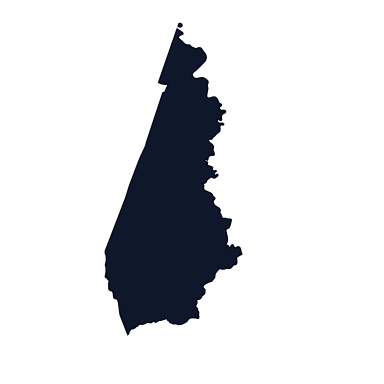 the border of Kentucky, rotated 109°
{"feature_id": "USA-3548", "entity_name": "Kentucky", "entity_type": "State", "adm_level": 1, "iso_a3": "USA", "parent_name": "United States of America", "parent_adm1": "", "projection": "natural_earth1", "projection_center": [-85.417, 37.822], "detail": "fine", "context": "isolated", "style": "filled", "palette": "ink", "viewbox_px": 384, "rotation_deg": 109, "n_neighbors": 0, "source": "natural_earth", "source_scale": "10m", "svg_char_len": 6069}
<svg xmlns="http://www.w3.org/2000/svg" viewBox="0 0 384 384"><g transform="rotate(109 192 192)"><path d="M49.7,255.6L50.9,255.0L51.7,253.6L52.8,250.7L54.5,247.2L54.8,245.8L54.7,244.7L54.1,242.9L54.0,241.8L54.2,241.2L55.2,239.9L55.2,239.4L55.2,237.8L55.5,235.6L55.3,234.7L53.9,233.1L53.2,231.9L53.1,230.5L54.0,229.0L55.4,227.4L56.9,224.8L57.3,224.3L58.7,223.1L60.4,222.3L62.3,222.1L64.3,222.5L75.4,227.9L78.3,229.8L80.0,230.3L81.5,230.0L82.7,228.8L83.6,226.8L83.6,225.1L82.9,223.6L81.7,221.8L80.8,220.1L80.4,218.3L80.7,216.3L81.5,214.2L81.9,213.5L82.4,212.9L83.1,212.6L84.0,212.5L85.8,212.5L86.5,212.3L88.9,210.9L96.4,209.6L97.7,208.7L98.1,207.3L97.2,205.1L95.8,203.6L95.1,202.2L94.8,201.2L95.1,200.0L95.7,198.9L96.1,198.2L98.5,196.2L99.1,195.6L99.5,194.4L99.5,193.4L99.7,192.7L100.7,192.6L101.4,192.9L102.8,193.8L103.6,194.0L103.8,193.7L105.7,191.6L104.5,188.6L104.3,187.9L104.6,186.8L105.3,186.4L106.2,186.6L107.0,187.2L107.6,188.0L108.2,188.5L109.0,188.9L109.9,189.1L110.7,189.0L112.3,188.5L112.7,188.4L113.1,188.1L113.7,187.7L114.4,187.7L114.9,188.1L115.0,188.8L114.5,190.4L114.6,191.2L115.6,191.8L116.8,191.3L117.8,190.2L118.3,188.8L118.1,187.8L117.3,186.3L117.2,185.1L117.3,184.5L117.6,184.2L118.0,184.1L118.3,184.3L118.5,184.6L118.5,185.5L118.6,186.0L120.0,187.3L121.6,187.0L123.3,186.1L125.0,185.7L125.9,185.9L126.8,186.3L127.7,186.9L128.5,187.5L129.2,188.0L131.9,189.1L133.4,190.1L133.8,190.3L134.4,190.4L135.1,190.5L135.6,190.7L135.8,191.1L135.9,191.7L136.1,192.3L136.7,193.1L137.5,193.6L138.8,192.8L139.5,191.6L140.6,188.4L141.1,187.6L141.6,187.0L142.1,186.7L142.8,186.3L145.2,186.1L145.8,185.8L146.7,184.9L148.3,183.7L149.7,183.2L150.4,184.1L150.7,185.4L151.6,186.8L152.8,187.8L154.3,188.1L156.1,187.7L156.8,187.9L156.4,189.0L156.1,189.8L156.6,190.3L157.6,190.4L158.5,189.8L158.8,188.8L158.8,187.8L159.1,187.0L161.2,186.6L161.8,186.1L161.9,185.3L161.8,182.0L162.0,180.9L162.5,180.4L163.4,180.4L164.3,180.1L165.0,179.4L165.2,178.3L165.0,177.8L164.2,177.0L164.1,176.4L164.3,176.0L164.8,176.0L165.2,176.3L165.4,176.4L165.7,176.9L166.2,177.1L167.1,177.0L168.8,176.3L169.5,175.5L169.2,175.1L168.4,174.8L167.6,174.4L167.1,173.4L167.5,173.1L168.4,173.2L169.1,173.5L171.2,175.1L171.6,175.7L171.4,177.9L171.5,178.7L171.9,179.4L172.5,179.9L174.1,180.8L174.8,181.3L175.6,181.8L177.7,181.9L178.6,182.2L180.1,183.8L181.0,184.5L181.4,184.1L181.8,183.2L182.7,182.9L184.7,182.5L185.2,182.2L185.6,181.9L185.9,181.5L186.1,181.0L186.6,179.7L186.9,174.9L187.1,173.8L187.5,172.7L188.1,171.8L188.7,171.4L189.2,171.0L190.0,168.9L190.6,168.3L191.0,168.3L192.0,168.6L192.2,168.8L192.5,169.2L192.9,169.3L194.5,168.8L195.3,168.3L196.7,167.2L197.6,165.5L198.6,161.0L199.8,159.6L200.6,159.3L202.4,159.2L203.0,158.7L203.6,157.8L204.2,157.2L206.3,155.6L206.9,154.9L207.1,153.9L206.2,152.0L205.9,148.8L205.6,148.1L205.3,147.1L205.3,146.1L206.0,145.7L210.7,145.3L213.3,145.4L214.0,145.7L215.4,147.3L216.2,147.8L217.8,147.4L223.7,143.8L226.3,142.8L227.7,142.6L231.0,142.9L231.6,142.6L231.0,141.0L231.3,140.0L231.9,139.3L232.4,138.4L232.5,137.7L231.6,137.4L229.8,137.3L229.2,137.0L228.7,136.3L229.0,135.8L230.5,134.4L230.9,133.6L230.7,132.7L230.1,131.9L228.9,130.8L228.8,129.1L230.1,127.8L233.1,125.9L233.8,125.3L234.1,125.0L234.6,124.8L235.0,125.0L235.5,125.8L236.3,126.3L238.4,128.3L240.1,128.5L243.6,126.9L245.3,126.6L246.2,127.1L246.8,128.0L247.2,129.0L247.7,129.4L248.5,129.5L249.5,129.9L251.2,130.8L251.8,131.4L252.2,132.3L252.5,133.2L252.6,134.1L252.8,134.8L254.2,136.3L254.6,137.2L254.9,138.1L255.0,139.1L255.1,140.3L255.5,141.2L256.4,141.8L260.9,143.5L261.8,143.6L265.4,142.9L266.4,143.1L268.0,143.8L269.7,144.3L270.4,145.0L270.9,145.9L271.5,146.8L274.3,149.5L275.9,150.6L277.7,150.9L278.5,150.7L279.2,150.1L279.7,149.3L279.9,148.3L280.4,148.0L283.2,147.1L284.1,147.2L285.0,147.5L285.7,148.0L286.4,148.7L286.8,148.9L288.2,148.8L288.8,149.0L290.0,149.5L290.5,149.8L290.8,150.2L291.7,151.8L292.2,152.3L292.6,152.4L294.0,152.1L294.5,151.7L295.1,151.3L296.1,151.3L297.9,151.6L298.8,151.6L299.5,151.1L299.8,150.6L300.2,149.5L300.5,149.1L300.8,148.9L301.9,148.5L303.6,146.6L304.5,146.4L305.5,146.2L308.0,145.0L309.0,144.8L309.5,145.2L309.6,145.9L309.6,146.9L309.8,147.9L310.8,151.3L312.0,153.2L313.8,154.2L315.7,154.8L317.2,155.8L320.2,158.7L320.6,159.4L321.3,161.1L321.7,161.7L321.6,164.2L322.5,166.2L322.6,167.3L322.5,169.0L322.5,170.4L322.4,170.6L322.2,170.7L321.5,170.8L321.4,171.0L321.3,171.5L321.4,172.3L321.3,172.8L320.9,173.3L320.0,174.0L319.9,174.2L319.9,174.7L320.1,175.2L323.2,179.5L323.5,179.9L323.9,181.1L324.2,181.5L326.4,183.4L326.8,183.9L326.9,184.3L326.9,184.7L326.3,185.9L326.3,186.2L326.5,186.4L328.2,187.6L328.7,188.1L329.1,189.0L329.4,191.0L329.6,191.7L329.7,191.9L332.3,194.5L332.8,195.2L333.1,195.8L333.2,196.3L333.8,198.0L334.0,198.7L334.2,199.0L334.5,199.3L336.1,199.8L336.8,200.2L337.1,200.6L338.0,201.8L338.4,201.6L338.7,201.7L340.0,202.8L340.3,203.2L340.6,203.7L340.6,203.9L340.6,204.5L340.9,204.8L341.4,205.1L344.7,206.1L345.1,206.2L346.4,205.9L346.8,205.9L347.6,206.3L332.0,219.5L331.0,220.2L320.5,225.4L318.5,226.7L317.8,227.5L317.5,227.9L317.4,228.3L317.6,229.1L317.7,230.2L317.6,230.8L317.3,231.3L317.2,231.5L316.7,231.8L313.1,233.5L312.2,234.3L311.8,234.7L311.5,235.1L311.6,236.8L311.5,237.5L311.3,238.3L311.0,238.7L310.4,239.1L305.3,241.0L303.6,241.0L303.1,241.2L302.3,242.1L301.5,243.7L300.7,244.9L300.7,245.8L300.6,246.0L300.4,246.2L300.1,246.4L295.9,247.0L291.7,248.4L290.1,249.4L289.6,249.8L288.8,250.1L284.9,250.5L281.3,251.8L281.0,251.9L280.2,252.2L278.4,253.8L277.3,254.3L275.8,254.7L218.9,252.7L206.4,253.1L188.4,252.6L180.2,252.3L174.1,251.9L164.0,250.8L162.2,250.8L160.3,251.1L107.9,251.8L107.7,251.8L107.5,251.6L107.0,250.6L106.8,250.4L106.5,250.2L98.4,249.4L98.2,249.5L98.1,249.8L98.2,250.3L98.9,252.7L99.4,255.3L99.5,256.1L99.4,258.0L99.3,259.2L42.7,259.1L42.9,258.6L43.6,256.2L43.7,255.4L44.3,253.5L44.7,252.6L45.0,252.3L45.5,252.1L46.4,253.0L47.4,254.1L48.5,255.1L49.7,255.6ZM39.8,259.0L37.2,259.1L36.8,258.6L36.4,258.0L36.8,256.2L38.1,255.6L39.5,256.3L40.0,258.3L39.8,259.0Z" fill="#0f172a" stroke="#020617" stroke-width="1.5"/></g></svg>